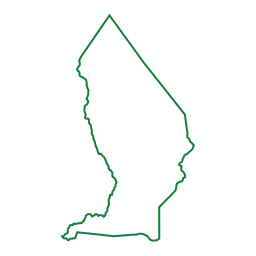 Macururé, Bahia, Brazil
{"feature_id": "56859067B85314842417377", "entity_name": "Macururé", "entity_type": "district", "adm_level": 2, "iso_a3": "BRA", "parent_name": "Brazil", "parent_adm1": "Bahia", "projection": "robinson", "projection_center": [-38.956, -9.263], "detail": "fine", "context": "isolated", "style": "outline", "palette": "green", "viewbox_px": 256, "rotation_deg": 0, "n_neighbors": 0, "source": "geoboundaries", "source_scale": "gbopen_adm2", "svg_char_len": 4099}
<svg xmlns="http://www.w3.org/2000/svg" viewBox="0 0 256 256"><path d="M159.3,238.6L159.3,236.2L159.2,207.1L166.8,199.4L171.0,195.2L175.5,190.5L175.8,189.2L176.1,188.2L176.3,186.7L176.4,185.7L176.5,184.8L176.8,183.8L177.6,183.1L178.5,182.5L179.5,182.0L180.2,181.8L181.2,181.5L182.4,180.7L182.9,179.7L183.0,178.8L183.3,177.9L184.2,177.6L184.9,177.5L185.2,176.5L185.0,175.4L184.5,173.8L183.8,172.6L183.0,171.6L182.3,171.1L181.4,170.2L181.1,169.2L181.3,167.8L181.5,166.7L181.3,165.8L180.3,165.7L179.4,165.2L179.0,164.5L179.6,163.5L180.3,162.8L181.2,162.3L182.0,161.7L182.3,160.8L182.6,159.5L182.8,158.6L183.4,157.6L184.1,156.2L184.7,155.1L185.5,154.4L186.5,154.3L187.5,153.7L188.3,152.8L188.8,152.2L189.7,151.6L190.6,150.8L191.5,150.0L192.4,149.1L192.8,147.9L193.4,146.5L193.8,145.4L193.3,144.6L192.5,144.0L191.9,143.0L191.1,142.3L190.3,141.8L189.9,140.7L189.2,139.2L188.4,138.0L187.3,137.3L187.2,135.7L187.4,134.7L187.5,133.7L184.9,114.7L180.9,109.6L179.8,108.2L178.5,106.5L150.1,70.6L149.4,69.8L144.7,63.9L143.8,62.7L137.5,54.0L110.7,17.1L109.5,15.4L100.3,28.7L84.1,52.3L80.5,57.5L80.3,58.4L79.9,59.3L79.2,60.3L79.3,61.2L79.7,62.1L79.8,63.3L79.7,65.0L79.3,65.7L78.5,66.4L77.9,67.4L77.4,68.6L77.1,69.9L77.7,70.7L78.6,71.3L79.5,72.5L79.5,73.6L79.4,74.7L79.8,75.7L80.7,76.4L81.9,77.0L83.1,77.6L84.3,78.5L85.6,79.3L86.1,80.0L86.4,81.5L86.8,83.2L86.6,84.4L86.7,85.5L87.1,86.3L87.3,87.7L87.8,89.0L88.4,89.9L88.4,91.2L88.2,92.4L88.2,93.3L88.2,94.5L87.7,96.1L87.3,97.0L87.1,97.9L86.7,99.1L87.1,100.0L87.9,100.5L88.2,101.6L87.7,103.1L87.4,103.9L86.6,104.6L85.5,105.4L84.7,106.2L84.7,107.4L84.5,109.0L84.3,109.8L84.4,110.9L84.9,112.3L85.4,113.7L85.7,115.0L85.2,116.3L85.0,117.5L85.6,118.3L86.4,118.7L87.9,118.6L89.0,119.6L88.9,121.1L88.8,122.1L89.1,122.9L89.8,124.0L90.4,124.7L90.9,125.4L91.0,126.6L91.2,127.6L91.4,129.0L91.8,129.8L91.9,131.1L91.9,132.2L91.5,133.2L91.9,134.1L92.4,134.9L92.9,135.6L93.3,136.7L93.3,137.7L93.3,138.7L94.2,140.6L94.7,141.7L94.9,142.5L95.1,143.8L95.5,144.8L95.7,145.8L96.1,147.2L97.0,148.2L97.2,149.6L97.4,150.4L97.7,151.3L98.0,152.2L98.6,152.9L98.8,154.0L99.8,154.0L101.0,153.9L101.7,154.8L102.4,155.6L103.5,156.7L104.2,157.3L104.8,158.1L105.3,159.5L105.7,160.6L106.4,161.7L106.7,163.5L107.5,164.5L108.1,165.7L108.7,166.7L108.6,167.9L109.1,169.3L109.9,170.1L110.9,170.4L111.5,171.4L111.9,172.1L112.5,172.9L112.3,174.0L112.4,174.9L112.3,175.9L112.7,176.9L113.6,177.3L114.6,178.3L115.3,179.3L115.7,180.3L116.3,181.4L116.4,182.6L115.8,183.5L115.5,184.5L115.7,185.8L115.0,186.9L114.5,187.6L114.2,188.7L113.9,189.9L113.2,190.5L112.6,191.3L112.4,192.6L112.2,193.6L112.2,194.6L111.4,194.8L110.5,194.7L109.9,195.4L110.0,196.6L109.6,197.5L109.3,198.4L108.8,199.4L108.7,200.8L108.8,202.4L108.8,203.3L109.0,204.3L108.8,205.3L108.0,206.3L107.8,207.8L107.3,208.8L107.3,209.7L107.5,210.6L106.9,211.5L106.2,212.3L105.5,213.1L105.5,214.5L105.1,215.6L104.5,216.2L103.7,216.7L103.1,215.6L102.0,215.7L101.1,215.3L99.9,215.0L99.1,215.5L98.1,215.9L97.6,214.9L96.9,214.4L96.0,214.1L95.0,214.4L94.5,215.5L93.6,215.6L92.8,216.0L92.1,216.6L91.5,215.6L90.8,214.6L89.7,214.1L88.7,214.1L87.6,214.3L86.7,215.1L85.8,215.6L85.6,216.8L85.1,218.0L84.6,219.2L84.1,220.3L83.7,221.1L83.0,221.3L82.3,222.4L81.6,223.1L80.6,223.1L79.5,223.2L78.5,223.5L77.4,223.3L76.3,223.9L75.1,224.0L74.3,223.6L73.5,223.6L73.0,225.0L71.8,225.1L70.5,225.1L69.8,225.4L69.4,226.4L69.1,227.5L68.2,228.3L67.8,229.5L67.7,230.7L68.0,231.9L67.5,233.0L66.4,233.5L65.3,234.2L64.6,235.0L64.0,235.7L63.3,236.2L62.2,236.2L62.8,237.5L63.8,238.2L64.6,238.4L65.3,238.4L66.0,238.2L66.7,238.7L67.1,239.5L67.7,240.0L68.6,240.2L69.3,239.6L70.2,238.7L71.2,238.7L71.9,238.8L73.0,238.3L74.1,238.4L75.2,238.1L75.5,237.3L77.2,232.3L103.0,235.0L105.4,235.3L113.7,236.2L133.8,234.6L134.8,234.7L135.7,234.7L136.5,234.5L137.4,234.3L138.2,233.9L139.1,233.8L140.0,233.7L141.2,233.8L142.4,233.9L143.1,234.0L143.8,234.3L144.7,235.0L145.9,235.3L146.8,235.8L147.9,237.0L148.7,237.9L149.6,239.0L150.4,239.7L151.3,240.2L152.3,240.5L153.2,240.6L154.3,240.6L155.4,240.5L156.5,240.3L157.3,239.9L158.0,239.5L159.3,238.6Z" fill="none" stroke="#15803d" stroke-width="2"/></svg>